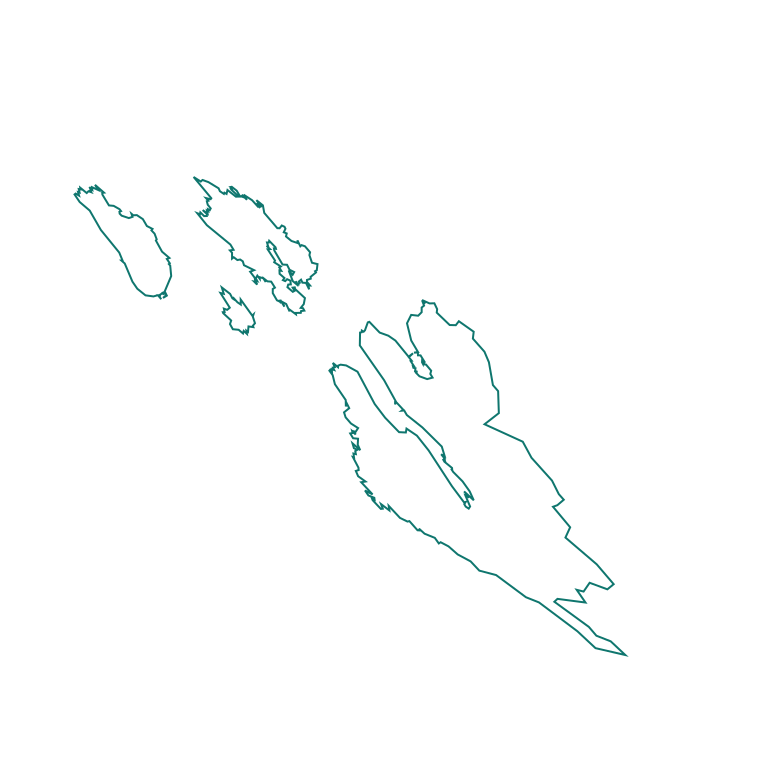 Sande nor, Møre og Romsdal, Norway, rotated 40°
{"feature_id": "86288312B47484772904149", "entity_name": "Sande nor", "entity_type": "district", "adm_level": 2, "iso_a3": "NOR", "parent_name": "Norway", "parent_adm1": "Møre og Romsdal", "projection": "equal_earth", "projection_center": [5.514, 62.239], "detail": "fine", "context": "isolated", "style": "outline", "palette": "teal", "viewbox_px": 768, "rotation_deg": 40, "n_neighbors": 0, "source": "geoboundaries", "source_scale": "gbopen_adm2", "svg_char_len": 6127}
<svg xmlns="http://www.w3.org/2000/svg" viewBox="0 0 768 768"><g transform="rotate(40 384 384)"><path d="M370.7,289.8L367.1,293.0L359.2,295.2L363.8,295.5L361.1,296.4L364.3,298.2L363.7,301.2L366.7,304.8L366.3,309.7L360.4,313.6L362.6,322.7L376.9,333.2L389.6,337.7L386.8,340.7L389.7,338.1L391.6,340.2L393.6,338.6L401.8,341.3L397.9,341.2L399.2,342.9L400.7,343.5L399.8,342.3L402.6,342.8L401.6,343.6L403.6,342.1L411.6,343.5L413.0,346.5L417.1,347.9L413.9,352.5L406.2,355.3L401.2,354.8L401.1,353.5L400.1,353.1L400.8,353.6L399.6,354.3L398.0,351.7L396.1,352.7L394.5,351.6L395.3,351.0L389.7,349.3L390.4,348.4L385.8,347.5L386.5,341.8L385.3,347.3L364.8,343.4L356.3,344.2L347.6,347.4L332.8,345.8L332.0,347.2L334.9,355.1L334.8,357.0L332.7,357.3L333.7,358.6L332.6,360.0L340.7,370.0L381.6,381.0L404.1,389.7L403.9,390.4L405.6,392.5L404.6,390.0L415.1,391.3L414.7,393.1L416.5,391.3L421.4,393.1L441.3,392.6L468.5,394.8L476.9,400.3L473.0,401.1L479.7,402.4L477.6,402.2L479.6,403.4L477.3,403.6L480.2,404.7L490.1,404.6L491.1,405.6L489.9,405.8L493.6,406.9L506.8,408.1L518.7,411.2L527.5,415.4L514.4,414.8L522.2,416.2L518.1,417.1L528.7,422.5L529.0,425.0L525.4,425.4L522.7,424.4L522.4,421.8L521.3,423.2L501.7,418.6L460.9,406.2L442.4,402.4L429.9,403.7L431.9,407.1L426.5,411.2L406.5,409.1L389.7,405.3L355.8,391.6L343.1,394.1L338.3,397.1L337.1,399.3L338.0,400.7L331.3,400.7L335.5,402.8L334.3,404.3L336.8,405.3L334.5,406.2L336.0,407.8L333.6,407.6L333.6,408.9L339.0,410.2L346.5,415.7L365.0,420.9L369.2,425.7L368.0,422.8L372.9,424.9L371.6,431.4L376.0,434.2L384.1,435.5L392.5,434.4L393.0,438.9L391.7,439.5L394.7,440.9L390.0,440.6L391.5,441.7L389.9,443.6L395.2,445.4L399.3,442.6L402.9,447.4L408.3,450.0L398.0,449.7L402.2,452.5L405.8,451.7L405.1,453.9L407.5,455.8L405.3,456.9L408.3,459.6L407.2,460.0L418.2,464.5L419.9,466.2L418.3,468.7L423.5,471.3L432.5,470.6L429.7,473.9L446.2,475.9L437.9,477.8L443.7,479.4L449.7,477.4L450.7,478.3L449.3,478.7L450.5,479.1L448.9,479.7L450.0,480.3L461.9,481.7L463.2,480.3L458.9,477.9L469.4,477.4L465.9,474.3L482.3,476.3L490.4,474.3L491.6,472.7L503.7,474.5L505.5,473.2L503.8,472.3L511.3,472.6L521.8,469.2L528.5,470.9L529.1,468.8L537.8,466.9L550.0,467.2L564.4,464.2L577.0,465.7L592.7,458.3L629.8,456.1L643.1,451.7L691.0,449.1L715.8,450.4L743.1,436.5L723.1,435.4L708.5,440.3L697.1,438.4L654.5,441.3L655.0,437.1L678.8,421.9L663.9,417.8L670.3,414.7L669.3,404.1L687.1,397.7L688.6,389.7L662.9,385.4L621.7,385.0L618.7,374.1L592.4,369.4L594.7,365.4L596.1,357.1L588.7,356.0L574.8,350.0L544.4,345.7L527.4,339.0L486.9,350.2L490.7,332.5L476.0,316.1L468.1,314.8L450.4,299.9L440.2,294.7L422.9,292.1L419.1,286.3L401.0,287.8L401.2,292.8L396.4,296.6L378.5,295.4L376.6,292.5L370.7,289.8ZM176.4,325.0L168.1,325.2L176.6,326.8L170.3,326.7L175.9,328.8L171.4,328.3L174.3,329.3L164.8,328.0L154.8,329.2L160.6,331.0L153.4,330.4L156.3,331.2L152.6,332.6L146.9,330.6L140.6,330.8L139.8,331.8L142.0,331.9L139.9,332.5L143.5,332.9L141.2,333.2L152.3,333.8L150.1,335.7L139.4,336.0L141.2,339.6L138.8,340.0L139.2,341.3L134.4,341.8L131.5,340.4L119.7,342.2L113.8,344.4L113.5,346.7L105.1,347.8L132.3,352.7L132.4,353.9L128.1,356.0L131.7,356.5L130.8,357.9L133.8,360.0L138.4,360.9L138.8,362.8L136.8,363.2L138.4,364.6L136.8,364.9L139.3,366.9L133.3,367.3L139.0,367.6L140.3,369.2L138.3,371.0L133.0,370.6L133.9,372.3L131.2,373.2L146.2,376.2L176.7,375.9L182.5,377.9L180.1,380.7L183.2,381.1L187.0,385.6L187.4,383.5L192.0,383.3L193.8,381.1L197.0,380.8L200.4,383.0L211.3,380.3L209.3,384.0L216.6,385.7L219.8,388.4L218.7,389.0L222.9,389.4L218.7,386.7L220.2,386.4L217.9,385.5L217.3,382.4L221.2,383.3L220.1,382.1L223.6,380.6L227.8,381.9L225.0,380.4L228.7,380.3L231.8,378.1L238.5,380.3L237.7,382.7L240.4,385.9L248.2,388.7L250.4,388.1L249.3,387.5L253.2,388.2L250.4,386.2L258.0,388.8L253.3,386.5L257.7,385.6L265.0,389.1L263.6,387.7L271.7,387.2L270.7,386.3L274.5,383.0L273.6,381.4L275.8,379.0L273.3,378.0L271.3,379.2L271.2,374.4L268.2,369.0L253.3,368.3L254.1,366.7L252.1,368.9L255.6,370.1L254.9,372.0L247.8,371.9L246.7,369.4L248.6,367.6L245.8,365.0L242.4,366.0L242.2,368.7L239.8,369.4L239.6,366.8L233.2,366.7L230.9,364.2L232.5,363.3L228.8,362.0L229.4,360.3L221.6,361.3L221.2,359.5L208.3,355.6L210.0,353.9L205.3,353.7L206.9,353.1L203.4,350.8L204.8,349.7L204.0,348.1L213.0,349.0L214.3,349.9L212.6,350.9L214.1,352.2L229.5,357.7L233.1,355.0L238.2,357.2L243.2,356.0L243.8,359.1L238.0,358.3L247.9,363.8L252.9,363.8L250.3,362.1L255.3,363.3L253.8,362.0L254.4,360.6L252.9,360.2L253.4,357.4L256.4,358.8L259.3,356.7L265.8,359.6L262.8,357.2L264.1,356.1L259.3,355.3L258.1,353.8L260.2,350.4L258.9,349.1L260.2,342.3L258.7,341.9L259.4,340.1L256.0,334.9L250.9,337.4L244.0,333.2L242.7,330.6L234.9,329.3L231.6,330.6L231.4,332.3L225.4,329.6L227.1,331.6L221.2,333.9L214.1,334.0L212.7,331.2L209.7,332.2L208.7,328.4L206.7,327.5L203.8,328.3L203.9,331.8L202.1,333.2L182.3,329.9L176.4,325.0ZM46.5,417.4L34.6,417.2L40.7,419.0L33.9,420.9L35.4,422.4L32.9,422.0L35.4,422.7L31.7,422.5L36.3,424.2L33.6,424.6L36.3,425.3L33.7,426.3L33.5,428.8L25.1,428.9L26.4,430.1L24.9,430.9L27.7,433.0L26.2,433.6L29.3,435.7L25.4,436.3L25.1,437.7L33.9,440.2L47.1,440.3L68.1,448.0L96.7,453.5L104.2,457.4L103.4,458.2L107.9,458.3L125.5,467.3L133.8,469.6L144.3,469.4L151.1,465.1L153.7,461.3L158.9,462.2L154.9,461.3L156.6,460.6L154.7,460.6L155.8,457.2L157.0,457.2L155.5,456.8L158.3,456.6L155.9,456.2L156.5,455.0L160.1,455.7L159.4,460.1L160.8,455.9L156.5,454.0L151.6,438.1L144.1,430.7L142.1,430.4L142.3,429.2L137.3,427.8L138.6,425.4L128.9,425.3L117.0,420.7L116.9,419.3L111.6,416.3L107.1,415.8L107.0,414.0L100.8,415.4L93.3,412.7L86.1,413.5L83.5,415.9L81.1,415.9L83.9,417.6L81.9,420.9L74.8,423.7L72.0,423.4L70.6,422.1L71.4,420.6L69.0,420.1L62.4,421.3L58.5,424.0L46.5,419.9L45.3,418.7L46.5,417.4ZM239.1,416.3L219.9,411.4L223.2,415.2L219.2,415.6L212.4,414.7L213.8,415.7L212.8,415.8L208.2,413.9L197.7,414.3L203.3,417.9L200.2,419.4L216.8,424.7L216.2,428.0L212.9,429.2L215.7,431.4L214.4,432.6L215.3,433.1L226.1,433.6L227.5,437.1L233.0,439.2L237.8,435.9L243.5,435.9L242.4,433.5L246.7,433.7L244.3,431.6L246.3,431.5L243.2,427.0L247.4,424.4L246.1,423.7L246.1,420.4L240.2,416.7L239.3,414.6L239.1,416.3Z" fill="none" stroke="#0f766e" stroke-width="2"/></g></svg>